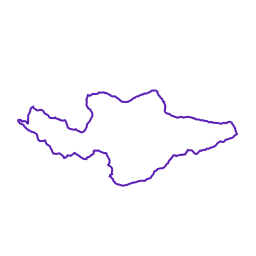 Kazhi, Wangdi Phodrang, Bhutan (orthographic projection), rotated 68°
{"feature_id": "84629894B17880677073525", "entity_name": "Kazhi", "entity_type": "district", "adm_level": 2, "iso_a3": "BTN", "parent_name": "Bhutan", "parent_adm1": "Wangdi Phodrang", "projection": "orthographic", "projection_center": [90.104, 27.757], "detail": "fine", "context": "isolated", "style": "outline", "palette": "violet", "viewbox_px": 256, "rotation_deg": 68, "n_neighbors": 0, "source": "geoboundaries", "source_scale": "gbopen_adm2", "svg_char_len": 5857}
<svg xmlns="http://www.w3.org/2000/svg" viewBox="0 0 256 256"><g transform="rotate(68 128 128)"><path d="M165.8,163.0L165.9,162.5L166.5,162.2L167.3,162.2L168.1,161.9L168.7,161.7L169.1,161.3L169.6,161.1L170.4,161.2L171.8,161.4L173.2,160.5L174.3,160.5L174.8,160.2L175.6,159.4L176.4,158.7L177.3,157.1L177.9,156.6L179.4,154.7L179.8,153.5L180.0,151.6L180.4,150.6L180.3,149.0L180.4,148.5L180.3,147.7L180.5,146.4L180.3,144.5L180.4,144.0L180.8,143.5L180.8,142.7L181.1,141.9L181.3,138.0L182.0,135.0L182.4,133.9L183.2,132.6L183.2,132.2L182.9,130.9L182.7,130.5L182.6,129.3L182.7,127.8L182.8,127.0L182.7,125.5L181.7,124.6L181.3,123.4L180.3,121.9L179.6,121.0L178.5,120.1L177.9,119.4L178.2,118.2L178.0,117.5L177.3,116.3L177.2,115.6L177.5,113.3L178.3,110.5L178.1,109.6L177.5,108.3L176.9,106.8L175.9,105.8L175.8,104.5L175.2,103.5L174.4,103.0L174.0,102.4L173.5,102.0L173.0,100.1L172.1,99.3L171.9,98.4L171.7,97.8L171.1,97.1L170.6,96.9L170.4,96.3L170.7,95.2L171.1,94.3L172.2,93.9L172.0,92.5L172.4,91.2L172.4,89.0L173.1,88.5L173.3,87.7L173.4,86.3L173.3,85.9L173.8,85.5L173.9,85.1L173.6,84.3L172.3,83.1L172.3,82.6L172.2,82.2L170.8,80.8L171.3,80.4L171.7,79.4L172.0,78.3L172.6,77.3L173.8,76.5L174.6,76.2L175.2,76.4L177.0,75.3L177.8,74.4L177.7,73.4L177.2,72.7L177.0,71.9L176.5,71.2L176.3,70.1L175.9,69.5L176.6,68.7L176.4,66.7L176.7,66.1L177.3,64.5L177.2,63.8L176.6,62.8L176.8,62.5L176.9,62.0L177.4,61.2L177.5,60.6L177.2,59.6L177.5,56.1L177.3,53.9L176.4,51.9L175.7,51.0L175.0,48.1L175.1,47.8L175.0,47.2L176.3,45.9L176.6,44.8L176.6,43.9L176.3,43.3L175.8,42.7L175.5,41.9L175.8,40.1L175.9,37.9L176.1,35.3L175.9,33.6L174.9,32.2L175.0,31.3L174.4,29.2L173.2,29.3L169.7,29.2L168.6,28.8L165.1,29.3L163.9,29.7L162.1,29.8L161.5,30.1L160.5,31.1L160.2,31.7L159.9,33.3L160.4,34.3L160.3,35.3L160.1,35.6L159.5,36.4L158.9,37.7L159.1,39.1L158.8,40.2L158.8,40.6L157.4,42.1L157.2,42.9L156.6,43.6L155.3,46.7L154.7,47.3L154.4,47.9L153.9,48.1L153.4,48.6L153.3,49.0L153.4,49.6L153.1,50.8L152.6,51.3L151.6,51.8L150.8,52.6L150.2,54.3L148.7,55.9L148.1,57.7L147.0,58.7L146.3,59.7L145.8,61.2L144.9,62.3L144.0,62.6L143.5,63.1L143.5,63.8L143.0,64.0L142.7,64.5L142.3,64.7L141.7,65.6L141.7,66.0L140.6,67.2L140.5,67.6L139.9,68.6L139.8,69.7L139.4,70.9L139.1,72.9L138.2,73.6L137.8,74.1L137.6,75.1L137.2,76.0L137.3,76.9L136.9,77.5L136.8,78.7L135.2,80.1L134.9,80.8L134.2,81.2L134.0,81.6L133.5,82.1L132.8,83.1L131.6,83.8L130.7,84.0L130.4,84.4L130.1,85.2L129.1,86.1L128.8,86.7L127.8,87.5L125.6,87.5L124.3,86.4L123.4,86.2L122.9,85.7L122.2,85.8L121.3,85.0L120.5,84.9L118.9,85.3L118.1,85.1L117.5,84.6L117.3,84.7L117.0,85.2L116.5,85.6L114.2,85.3L112.3,86.5L110.9,86.5L109.0,87.4L108.3,87.3L107.3,87.5L106.3,87.5L105.6,87.1L105.3,87.2L104.0,87.9L103.4,88.6L102.9,90.3L102.2,91.7L102.3,92.2L102.8,93.4L102.8,96.1L103.0,97.0L102.9,98.4L102.1,100.0L102.4,100.9L102.4,102.3L102.1,103.3L102.1,104.3L102.4,106.2L102.0,109.0L102.5,110.2L102.5,112.6L103.0,113.3L103.3,114.1L103.3,115.5L103.8,117.5L103.2,120.2L102.4,121.5L102.0,122.8L101.8,123.1L101.1,123.6L100.9,124.1L99.2,125.1L98.4,125.2L95.9,127.0L94.1,127.9L93.5,128.9L92.8,130.7L91.3,132.0L89.9,132.8L88.9,133.9L87.4,135.0L87.1,135.3L87.0,136.4L85.9,137.1L85.6,137.7L85.2,139.7L84.8,140.5L84.4,141.0L84.2,141.7L84.2,141.9L84.9,143.0L84.1,145.9L83.3,147.7L83.2,149.1L83.8,149.9L83.8,151.1L82.3,152.8L82.4,153.0L82.9,153.0L83.6,153.5L84.1,154.2L84.7,154.4L86.0,156.0L87.3,156.0L89.5,157.0L90.8,157.7L91.4,157.9L92.6,157.9L93.0,157.6L93.5,157.5L94.1,157.7L94.6,157.6L97.0,156.0L98.7,155.9L100.0,155.6L101.5,155.7L103.8,156.7L105.8,159.4L106.9,160.2L108.8,163.8L109.4,164.6L110.1,165.2L111.1,165.5L113.2,167.9L114.0,168.6L114.7,170.6L114.7,172.6L113.8,173.8L112.4,174.6L111.9,175.5L111.5,175.9L109.5,176.9L109.6,177.2L109.6,178.1L109.5,178.7L109.2,179.1L107.1,182.1L106.1,182.8L105.5,183.4L104.2,183.7L102.5,183.2L101.1,183.5L99.6,183.1L98.8,183.1L98.3,183.2L97.5,183.6L97.0,183.7L96.9,185.4L96.3,186.6L95.5,187.3L95.2,188.1L94.5,188.6L93.9,188.7L92.8,190.4L92.2,191.0L91.1,191.4L91.4,192.0L91.3,192.7L90.6,193.5L90.5,194.8L89.1,196.8L87.5,197.0L85.9,197.6L84.9,198.2L84.7,198.7L84.0,199.3L83.4,199.4L82.4,200.1L80.8,200.1L80.1,200.4L78.8,201.4L78.4,202.2L78.0,204.5L77.5,205.9L74.0,208.1L73.3,208.3L72.8,208.1L72.8,209.1L73.1,210.1L73.8,211.1L76.5,212.9L77.5,214.3L79.4,216.1L81.9,217.0L83.1,217.8L84.2,217.9L85.3,218.5L86.1,218.7L86.3,218.9L86.2,219.5L85.5,219.9L84.6,219.7L84.5,219.9L83.2,220.8L82.7,221.7L82.5,222.7L82.3,222.8L82.4,223.5L82.2,224.0L81.0,224.3L80.4,224.3L79.9,225.0L80.1,225.7L79.5,226.6L80.1,226.8L80.3,227.2L80.5,227.2L81.1,226.9L82.1,226.8L83.3,226.4L83.7,225.8L84.7,225.2L85.6,224.0L86.3,223.7L88.1,223.5L92.0,221.5L92.8,221.3L93.4,220.2L95.5,218.9L96.2,217.6L97.2,216.6L99.8,214.9L100.7,214.9L102.1,215.2L102.5,215.4L105.3,215.6L106.2,215.0L107.2,214.6L107.8,212.4L108.4,211.3L108.3,210.6L108.6,209.4L110.7,209.7L111.9,209.6L113.6,208.8L114.4,208.0L115.6,207.4L116.7,207.2L118.1,207.3L119.6,206.9L120.6,206.9L121.4,207.1L123.7,206.8L124.0,205.9L124.4,205.6L125.2,204.1L125.8,201.1L128.2,199.5L130.5,198.5L132.0,198.4L131.8,196.9L132.0,196.4L131.9,195.9L130.7,194.3L131.1,193.3L131.9,192.4L132.2,191.9L132.3,191.5L131.1,186.7L131.8,186.3L132.7,186.0L134.0,184.8L135.1,184.2L135.6,183.6L137.3,182.9L138.7,181.6L139.8,181.1L140.2,180.3L140.3,179.9L141.3,178.5L141.3,178.2L140.0,177.0L139.9,176.7L140.3,175.7L140.1,174.9L140.0,173.3L139.4,172.5L139.2,170.9L139.3,170.3L139.1,169.9L139.0,169.7L137.8,168.9L136.9,168.8L136.3,167.9L136.3,167.3L137.0,166.5L137.3,165.7L137.5,164.2L138.4,163.5L140.2,161.8L142.1,159.8L142.7,158.9L142.7,158.3L143.0,157.8L143.5,157.5L145.6,157.8L146.9,157.4L149.2,157.3L150.2,157.1L151.1,157.1L152.1,157.8L153.2,158.0L154.4,159.5L154.8,160.3L155.3,160.1L156.5,159.1L158.2,158.1L159.4,158.0L161.8,158.7L162.7,159.4L163.7,160.0L164.9,160.0L164.8,161.2L165.0,162.3L165.8,163.0Z" fill="none" stroke="#5b21b6" stroke-width="2"/></g></svg>